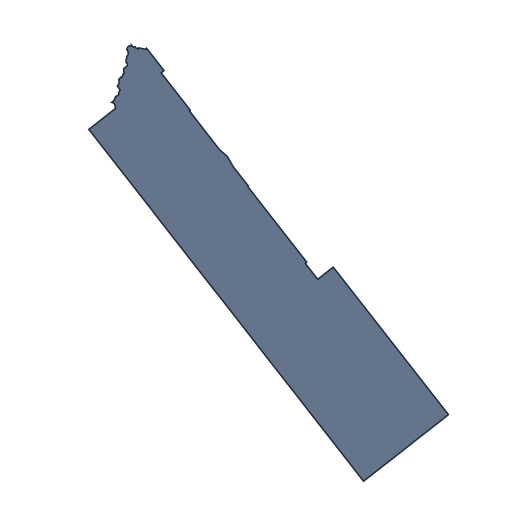 outline of Apache, Arizona, United States of America, rotated 142°
{"feature_id": "52423323B39165499279829", "entity_name": "Apache", "entity_type": "district", "adm_level": 2, "iso_a3": "USA", "parent_name": "United States of America", "parent_adm1": "Arizona", "projection": "mercator", "projection_center": [-109.434, 35.237], "detail": "fine", "context": "isolated", "style": "filled", "palette": "slate", "viewbox_px": 512, "rotation_deg": 142, "n_neighbors": 0, "source": "geoboundaries", "source_scale": "gbopen_adm2", "svg_char_len": 1354}
<svg xmlns="http://www.w3.org/2000/svg" viewBox="0 0 512 512"><g transform="rotate(142 256 256)"><path d="M309.9,152.3L309.9,136.3L309.8,127.3L309.9,108.6L309.9,82.7L309.9,78.8L309.9,29.9L310.0,16.6L310.0,12.3L294.6,12.3L288.7,12.3L287.2,12.3L285.3,12.3L284.8,12.3L284.6,12.3L272.4,12.3L272.0,12.3L259.1,12.3L244.4,12.4L216.2,12.4L202.0,12.5L202.0,199.7L221.7,199.7L221.7,219.8L219.8,219.8L219.8,267.9L219.8,296.1L219.7,315.9L218.9,315.9L219.0,340.0L217.3,352.0L219.2,361.8L219.3,363.8L219.2,389.7L219.1,411.3L218.0,411.3L218.0,458.7L214.3,458.7L214.3,487.2L215.5,486.7L220.4,492.4L221.3,491.6L222.5,493.6L222.2,495.2L223.9,495.8L224.3,498.9L224.7,498.0L226.5,499.6L228.4,499.7L230.7,498.4L231.0,496.0L232.4,493.5L234.5,493.0L237.8,490.5L239.2,488.4L238.8,486.5L240.5,485.1L244.9,485.1L246.8,482.7L247.0,481.1L248.9,481.1L251.9,479.3L252.4,480.1L255.4,479.7L256.9,477.2L259.1,475.7L260.7,475.4L260.8,470.4L262.9,469.8L265.2,467.5L268.5,468.1L272.3,465.9L275.2,465.9L273.9,464.0L274.1,462.2L275.8,458.8L309.8,458.7L309.8,445.5L309.8,428.5L309.8,357.1L309.9,349.3L309.9,323.0L309.9,321.0L309.9,319.0L309.9,317.0L309.9,315.0L309.9,297.0L309.9,267.2L309.9,256.9L309.8,247.6L309.8,244.1L309.8,241.2L309.8,215.8L309.8,206.4L309.8,206.1L309.9,169.5L309.9,168.2L309.9,163.0L309.9,152.4L309.9,152.3Z" fill="#64748b" stroke="#1e293b" stroke-width="1.5"/></g></svg>